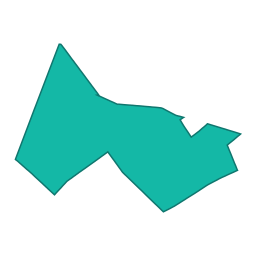 outline of Comuna 11, Ciudad de Buenos Aires, Argentina
{"feature_id": "61730980B31104759078199", "entity_name": "Comuna 11", "entity_type": "district", "adm_level": 2, "iso_a3": "ARG", "parent_name": "Argentina", "parent_adm1": "Ciudad de Buenos Aires", "projection": "albers", "projection_center": [-58.493, -34.603], "detail": "fine", "context": "isolated", "style": "filled", "palette": "teal", "viewbox_px": 256, "rotation_deg": 0, "n_neighbors": 0, "source": "geoboundaries", "source_scale": "gbopen_adm2", "svg_char_len": 3625}
<svg xmlns="http://www.w3.org/2000/svg" viewBox="0 0 256 256"><path d="M240.6,134.0L239.2,133.5L235.7,132.4L235.4,132.3L234.1,131.9L231.1,131.0L230.7,130.9L229.1,130.4L226.5,129.6L226.0,129.4L221.9,128.2L220.0,127.6L219.0,127.3L217.3,126.8L216.4,126.5L212.4,125.3L211.9,125.1L211.7,125.1L207.9,123.9L207.4,123.8L206.2,125.0L203.3,127.5L202.6,128.0L198.8,131.4L198.5,131.6L198.2,131.8L195.5,133.9L194.5,134.7L194.3,134.8L191.2,137.1L188.3,132.7L185.8,129.0L185.7,128.9L183.6,125.7L181.8,122.7L180.1,119.8L182.7,118.0L183.1,117.7L183.6,117.4L179.4,116.2L179.1,116.2L176.8,115.6L175.8,115.3L172.9,113.8L169.6,112.1L165.3,109.8L163.1,108.6L162.6,108.4L161.7,108.1L161.1,107.9L156.7,107.4L155.6,107.3L152.6,107.1L151.5,107.0L150.9,106.9L149.4,106.8L148.7,106.7L147.3,106.6L147.2,106.6L144.9,106.4L141.8,106.1L139.7,105.9L136.4,105.7L132.4,105.3L131.3,105.3L131.0,105.2L130.9,105.2L129.4,105.1L125.3,104.8L118.7,104.2L117.6,104.2L117.4,104.3L113.6,102.5L109.9,100.9L109.6,100.7L109.1,100.5L108.0,100.0L106.2,99.2L102.7,97.6L99.7,96.2L99.3,96.1L98.3,95.6L97.2,95.1L98.6,94.9L97.4,93.2L95.3,90.4L93.3,87.7L91.6,85.5L91.2,84.9L89.1,82.1L87.0,79.3L84.6,76.0L82.2,72.8L79.7,69.5L77.3,66.2L75.0,63.2L73.3,60.8L72.9,60.4L70.8,57.6L69.1,55.2L68.7,54.7L66.2,51.3L65.8,50.7L64.5,49.0L64.1,48.5L62.2,46.0L62.0,45.8L62.0,45.7L61.8,45.5L61.5,45.1L61.1,44.7L60.8,44.3L60.7,44.3L60.2,44.3L59.7,44.2L59.2,44.2L40.5,93.2L35.7,105.8L34.6,108.6L15.4,159.4L16.1,160.0L16.3,160.2L16.5,160.3L17.6,161.1L18.8,162.2L20.1,163.4L21.4,164.5L22.7,165.7L24.0,166.8L26.2,168.8L26.6,169.2L26.9,169.4L27.5,169.9L28.5,170.7L31.2,173.1L31.7,173.5L34.9,176.6L38.6,180.0L41.6,182.8L42.0,183.1L43.7,184.8L44.4,185.4L46.4,187.3L46.9,187.7L48.3,189.1L49.0,189.7L49.4,190.1L50.5,191.1L52.0,192.5L54.5,194.8L55.5,193.7L55.8,193.3L56.2,192.9L57.4,191.6L58.5,190.4L60.2,188.6L60.7,188.1L60.8,188.0L60.9,187.9L62.8,185.7L65.0,183.4L66.9,181.3L68.4,180.2L69.8,179.2L71.3,178.2L72.6,177.2L73.4,176.6L73.9,176.2L74.4,175.9L74.8,175.6L75.3,175.3L75.5,175.1L76.1,174.6L76.6,174.3L77.4,173.7L78.0,173.3L79.1,172.4L79.6,172.1L80.3,171.6L80.6,171.4L81.5,170.8L82.0,170.4L82.7,169.9L82.9,169.8L83.4,169.4L83.7,169.2L84.2,168.9L84.5,168.7L86.0,167.6L90.6,164.3L90.7,164.2L91.2,163.9L91.5,163.7L92.8,162.7L93.6,162.2L94.0,161.9L94.8,161.3L95.3,161.0L95.7,160.6L95.9,160.5L96.2,160.3L96.6,160.0L97.2,159.6L97.6,159.3L98.1,158.9L98.6,158.6L100.7,157.0L100.9,156.9L101.4,156.5L101.7,156.3L103.8,154.8L104.2,154.5L107.8,151.9L110.5,155.6L113.4,159.6L113.9,160.2L114.2,160.6L114.3,160.8L114.6,161.2L116.3,163.6L116.7,164.1L119.4,167.9L119.8,168.4L122.5,172.2L125.0,174.7L125.6,175.2L128.1,177.6L128.5,178.0L131.9,181.3L135.3,184.6L138.3,187.5L138.7,187.9L142.2,191.2L145.6,194.6L146.0,195.0L149.0,197.9L152.4,201.2L155.8,204.5L156.3,204.9L159.3,207.8L161.3,209.8L163.4,211.8L166.0,210.5L166.3,210.4L166.6,210.2L169.8,208.6L172.9,206.9L174.1,206.3L175.9,205.2L177.6,204.1L178.1,203.8L178.5,203.6L179.1,203.2L182.5,201.0L184.8,199.6L185.7,199.0L186.4,198.5L189.6,196.5L190.6,195.9L194.6,193.4L195.1,193.1L195.5,192.8L198.8,190.7L199.5,190.2L202.7,188.1L205.1,186.5L205.9,186.0L206.0,185.9L206.8,185.4L207.8,184.8L208.3,184.5L210.4,183.4L214.2,181.4L214.6,181.2L217.7,179.6L218.1,179.3L221.1,177.8L221.3,177.7L221.6,177.6L221.9,177.4L222.6,177.1L225.6,175.8L226.1,175.5L229.8,173.8L233.7,172.1L234.5,171.7L235.4,171.3L237.5,170.3L237.2,169.8L235.7,165.9L234.2,162.5L234.0,161.9L232.4,157.9L230.6,153.4L228.8,149.1L227.2,145.1L227.8,144.6L228.9,143.7L230.6,142.3L230.9,142.1L234.2,139.4L236.9,137.1L237.3,136.7L239.7,134.8L240.6,134.0Z" fill="#14b8a6" stroke="#0f766e" stroke-width="1.5"/></svg>